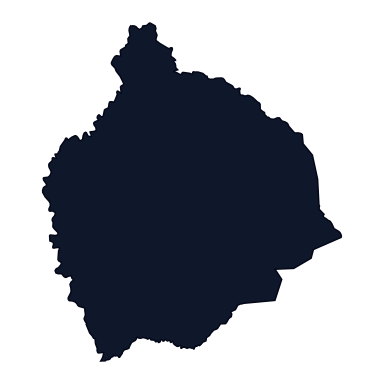 San Andres, Lempira, Honduras (orthographic projection)
{"feature_id": "27666195B74503802640136", "entity_name": "San Andres", "entity_type": "district", "adm_level": 2, "iso_a3": "HND", "parent_name": "Honduras", "parent_adm1": "Lempira", "projection": "orthographic", "projection_center": [-88.635, 14.237], "detail": "fine", "context": "isolated", "style": "filled", "palette": "ink", "viewbox_px": 384, "rotation_deg": 0, "n_neighbors": 0, "source": "geoboundaries", "source_scale": "gbopen_adm2", "svg_char_len": 5825}
<svg xmlns="http://www.w3.org/2000/svg" viewBox="0 0 384 384"><path d="M264.7,114.5L264.5,112.5L262.4,111.3L260.2,109.3L260.1,104.2L259.2,102.9L257.4,101.9L252.9,97.7L250.0,95.9L247.9,95.3L246.5,95.8L244.7,96.0L242.8,95.2L240.4,95.0L240.0,94.4L239.5,90.8L240.2,88.8L240.0,88.4L239.1,88.2L236.3,89.2L234.6,88.8L233.6,87.9L232.8,86.3L231.7,85.4L225.8,82.3L224.2,79.6L222.8,78.3L220.9,78.0L216.5,78.2L215.2,78.4L213.0,79.5L211.9,79.1L210.5,79.4L207.7,78.5L207.1,76.3L206.0,76.1L202.9,73.5L198.6,72.2L197.3,72.0L195.3,72.1L193.4,71.8L192.7,72.4L192.7,73.6L191.8,74.1L189.6,73.3L183.0,72.4L182.1,72.9L181.7,74.1L180.8,74.6L179.3,74.1L176.8,72.7L173.8,71.5L173.9,71.1L174.8,70.6L177.7,69.8L175.6,67.5L175.7,66.0L175.2,63.7L173.6,61.6L173.9,60.8L174.7,60.3L175.5,60.4L175.5,60.0L173.9,58.4L171.2,56.5L170.9,56.1L171.0,53.5L171.3,52.0L172.3,49.8L172.3,48.2L171.9,47.8L171.3,47.7L170.6,47.8L169.6,48.6L168.0,48.3L159.6,43.3L156.1,40.6L155.9,39.1L157.0,35.1L155.2,30.8L155.9,28.6L155.2,25.9L150.5,23.2L149.7,23.0L149.1,23.3L146.6,25.5L142.9,25.9L141.7,28.4L139.4,29.5L137.7,28.5L136.0,26.7L134.5,26.0L132.7,25.8L131.3,26.1L130.8,25.8L130.0,26.8L129.3,28.6L129.1,30.6L130.1,35.6L127.9,38.8L128.4,43.4L125.8,45.2L125.7,45.7L125.9,46.6L125.6,47.0L121.2,49.6L120.5,50.2L120.2,51.5L120.7,55.2L120.6,56.0L120.0,56.2L116.6,55.7L115.3,56.2L114.4,57.1L113.2,59.0L111.5,62.5L111.5,63.6L112.0,64.8L115.1,68.1L116.2,71.1L120.2,76.4L123.6,83.3L123.6,84.0L123.1,84.9L122.6,85.3L121.4,85.7L120.5,87.1L121.1,91.6L121.0,93.0L120.6,93.0L118.3,91.3L117.6,91.1L117.1,91.4L116.8,92.5L117.3,93.9L117.3,94.5L114.6,101.3L113.7,102.1L111.4,101.7L110.1,101.8L109.6,102.1L109.1,103.4L108.5,107.6L107.0,108.6L105.2,109.3L104.4,110.2L103.3,115.9L101.7,117.1L99.0,114.8L97.9,115.6L97.3,116.8L97.2,117.8L97.5,118.6L98.5,119.6L98.6,120.1L94.6,122.0L94.0,122.6L93.7,123.2L94.1,124.9L95.8,127.3L96.3,130.2L94.7,131.3L90.1,131.9L90.2,132.7L91.3,134.9L91.2,135.7L90.8,136.4L89.5,136.5L88.0,136.0L86.3,132.6L85.5,132.3L84.5,132.8L83.8,133.9L83.1,135.9L82.7,138.9L82.1,139.8L81.2,140.4L80.3,140.5L79.3,140.3L78.8,139.0L77.6,137.2L76.4,136.1L75.6,135.7L74.8,135.8L71.7,137.3L68.3,139.9L67.5,139.6L67.2,138.7L66.7,138.2L66.1,138.1L65.7,138.3L64.7,140.5L60.5,146.4L59.4,151.1L58.3,152.3L58.0,153.6L57.7,153.9L55.1,154.2L55.1,154.8L56.1,157.3L56.1,158.2L55.3,158.3L53.3,157.7L52.5,157.9L52.3,158.4L52.3,159.9L51.7,161.4L50.0,162.7L48.9,164.1L48.8,165.6L49.1,167.4L50.7,170.4L51.1,171.5L51.0,173.2L50.4,174.7L49.4,176.1L48.1,177.2L44.0,177.7L43.5,177.9L43.3,178.5L43.7,180.3L46.1,183.6L46.6,184.9L46.1,185.9L44.2,187.0L43.5,187.7L42.6,190.2L42.7,192.4L45.2,196.9L49.1,201.3L50.1,203.0L50.4,205.5L48.9,209.1L49.1,210.6L49.9,211.2L52.4,210.9L55.3,212.5L55.2,213.9L54.6,215.8L52.7,218.0L52.2,219.4L52.3,220.8L53.0,221.9L53.1,222.7L52.9,226.7L53.1,227.3L54.5,229.0L57.5,232.1L58.1,233.4L57.8,234.6L56.4,235.3L55.1,235.5L50.3,235.0L49.8,235.3L49.6,236.0L49.9,240.9L52.7,242.0L53.5,243.1L53.5,244.4L52.8,246.7L52.9,247.8L53.9,248.1L56.3,247.6L58.2,247.5L59.1,247.8L59.4,248.5L59.3,249.5L58.6,250.7L58.0,259.5L58.7,260.9L60.1,261.6L61.2,262.6L61.4,263.7L60.7,265.0L59.0,267.1L58.0,268.0L56.5,268.6L55.6,269.7L55.1,270.8L56.0,273.0L58.2,273.7L61.6,273.7L63.8,276.4L65.1,277.3L66.3,277.3L68.0,276.4L71.1,275.6L71.8,278.0L73.1,279.4L73.2,280.4L71.3,281.8L70.2,283.8L70.0,284.7L70.9,288.0L71.1,291.3L70.5,293.3L68.3,297.5L68.2,298.9L68.5,299.9L69.4,300.7L72.4,300.9L74.7,301.8L75.7,302.4L77.0,303.8L77.7,305.2L78.9,306.3L84.4,307.9L84.9,308.4L84.8,310.3L85.4,314.1L85.2,315.8L84.1,318.7L84.3,319.5L85.4,321.8L86.5,323.2L86.2,324.4L89.7,333.0L92.1,335.7L93.5,338.1L95.1,338.9L95.5,343.7L97.2,348.2L97.1,350.6L97.5,352.0L97.9,352.7L98.8,353.0L103.0,352.4L103.5,352.6L103.5,353.9L102.9,356.6L101.9,359.0L100.7,361.0L105.4,360.8L106.6,359.8L108.8,359.6L110.1,358.8L110.9,357.4L112.9,356.6L113.9,355.2L114.3,355.3L115.1,356.0L116.6,355.7L118.1,356.0L118.6,356.4L118.9,357.3L119.6,357.2L122.2,353.4L122.6,351.9L124.4,349.7L126.7,349.2L128.8,348.3L129.9,345.6L131.6,342.4L135.4,340.3L136.4,338.7L136.8,337.5L137.2,337.2L138.6,338.0L140.0,338.2L141.0,338.2L142.6,337.6L143.9,337.7L145.8,338.2L147.8,339.1L148.3,338.9L149.1,338.2L149.7,338.1L150.3,338.5L150.6,339.5L151.1,339.9L154.8,340.2L155.1,340.4L155.2,341.4L155.8,341.8L156.3,341.7L157.0,341.1L157.5,341.0L158.0,341.4L158.2,342.2L158.7,342.5L159.5,342.2L160.2,341.6L160.4,340.1L160.9,339.5L161.7,339.6L162.4,340.7L163.3,341.1L164.2,340.8L165.1,339.7L165.8,339.6L167.3,341.0L167.9,340.9L168.9,340.4L169.6,340.5L170.0,340.9L170.3,341.9L170.8,342.4L171.6,342.1L172.2,341.2L172.7,341.2L173.2,341.8L173.3,343.0L173.6,343.7L175.0,345.0L176.8,346.2L178.0,346.4L179.8,345.7L180.8,346.0L181.2,346.8L180.8,347.8L181.1,348.3L181.7,348.2L182.5,347.4L183.3,347.2L184.8,347.3L187.1,348.3L189.4,347.4L191.5,348.1L193.1,348.1L193.4,348.3L193.5,348.9L193.9,349.0L195.4,346.1L196.8,346.3L198.2,345.1L199.5,345.6L200.6,344.8L202.9,342.1L205.9,340.9L206.5,337.6L209.5,335.5L210.8,333.3L213.4,330.4L214.3,329.8L216.0,329.3L217.5,328.4L220.3,324.1L221.1,323.8L225.2,323.7L225.7,323.5L226.7,322.2L228.8,318.5L231.3,316.6L231.7,314.4L231.6,313.6L230.9,312.8L231.2,311.6L235.4,309.6L237.8,305.1L240.4,304.0L242.7,303.7L243.5,303.3L274.9,300.4L281.7,279.4L275.0,269.2L293.7,268.4L311.1,258.2L313.4,249.5L341.1,237.4L341.4,236.2L340.9,234.3L339.9,232.5L338.7,231.4L334.0,228.6L331.8,223.7L330.3,221.5L329.3,220.8L327.7,220.1L326.3,218.8L323.7,217.3L323.2,215.9L323.5,215.0L324.0,214.6L324.0,214.3L319.2,209.3L319.1,207.5L319.5,206.0L318.9,204.6L317.6,179.2L312.4,155.1L303.1,143.8L302.3,134.7L301.3,133.7L300.1,133.3L298.2,132.9L295.3,133.0L294.4,132.7L288.7,126.2L288.1,124.5L287.1,123.1L285.0,121.9L281.8,120.9L279.5,117.9L277.4,117.8L273.7,119.3L270.4,118.9L268.6,117.3L267.7,117.3L266.9,116.9L264.7,114.5Z" fill="#0f172a" stroke="#020617" stroke-width="1.5"/></svg>